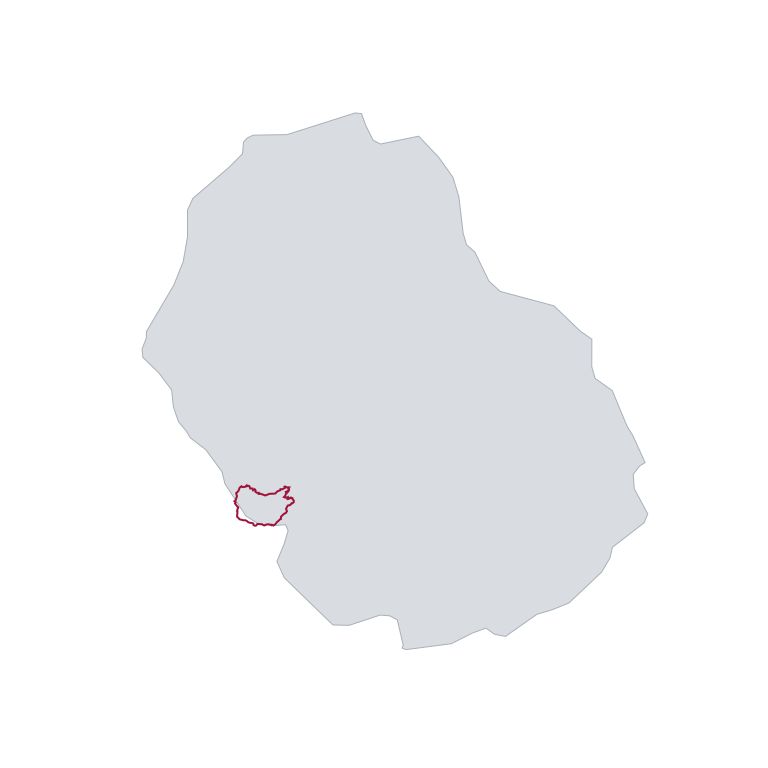 Chucher - Sandevo, Čučer Sandevo, North Macedonia shown in context, rotated 249°
{"feature_id": "65306769B58175225548943", "entity_name": "Chucher - Sandevo", "entity_type": "district", "adm_level": 2, "iso_a3": "MKD", "parent_name": "North Macedonia", "parent_adm1": "Čučer Sandevo", "projection": "equal_earth", "projection_center": [21.395, 42.146], "detail": "fine", "context": "in_parent", "style": "outline", "palette": "rose", "viewbox_px": 768, "rotation_deg": 249, "n_neighbors": 0, "source": "geoboundaries", "source_scale": "gbopen_adm2", "svg_char_len": 2880}
<svg xmlns="http://www.w3.org/2000/svg" viewBox="0 0 768 768"><g transform="rotate(249 384 384)"><path d="M348.1,199.8L360.2,201.3L386.5,194.1L402.9,184.0L411.2,182.5L422.3,178.6L438.3,179.2L454.5,183.6L475.0,177.8L495.2,168.4L503.4,170.7L512.2,178.7L518.0,180.9L551.7,223.3L570.2,240.4L592.0,253.4L616.8,262.9L625.8,272.1L641.9,317.2L649.6,334.4L660.1,339.5L662.7,344.5L663.2,351.0L651.6,382.8L647.4,454.2L644.5,459.9L632.0,459.6L615.5,461.2L609.3,466.7L602.9,505.2L576.4,516.2L552.4,522.4L532.0,521.0L496.2,511.9L484.6,510.9L474.6,516.1L442.7,518.8L428.8,525.6L396.0,570.7L362.7,586.3L351.3,594.1L325.8,584.2L313.6,583.1L296.0,594.7L257.3,595.8L246.9,597.8L217.1,599.6L215.9,593.4L210.4,584.3L196.5,580.1L168.1,583.7L161.2,577.0L149.7,538.7L140.6,532.6L130.4,519.7L113.3,478.2L113.0,460.0L114.2,444.1L104.8,406.9L110.7,397.6L119.6,391.6L119.8,376.7L117.4,354.0L128.1,309.5L130.9,306.3L133.6,308.4L159.0,311.9L165.5,306.3L169.7,297.5L171.2,265.0L177.3,250.0L238.7,221.5L256.7,220.4L270.5,233.5L281.4,241.9L288.0,241.7L290.4,233.2L297.9,217.0L310.4,207.7L347.7,199.8L348.1,199.8Z" fill="#d9dde1" stroke="#a8b0b8" stroke-width="1"/><path d="M322.1,203.2L322.0,203.4L321.5,203.6L320.8,203.6L320.5,203.4L320.5,203.2L320.1,202.8L318.8,201.7L318.1,201.7L317.7,201.2L317.3,201.2L317.0,201.3L315.1,200.4L313.2,199.4L312.6,199.3L311.5,199.9L310.2,200.4L309.5,200.7L309.1,201.1L308.0,202.7L307.1,204.0L306.7,205.1L306.4,205.8L305.7,206.5L304.9,207.1L304.2,207.4L303.5,207.8L302.6,209.0L302.1,209.9L301.6,210.8L300.9,211.7L299.8,212.0L299.1,211.7L298.3,212.3L297.9,212.8L297.8,213.3L297.7,213.6L298.0,214.4L298.1,214.7L298.3,215.0L298.5,215.2L298.6,215.4L298.7,215.8L298.6,216.1L298.4,216.5L297.6,217.8L297.4,218.5L297.2,219.2L296.7,219.9L296.2,220.2L295.1,221.2L294.8,221.8L294.8,222.2L295.0,223.3L294.6,225.5L294.2,226.1L293.4,227.5L292.6,228.2L292.9,228.6L292.7,229.1L292.1,229.4L291.8,229.8L291.5,230.0L291.8,231.6L292.5,233.1L293.5,234.7L294.1,236.6L295.0,238.5L294.9,239.3L297.0,240.3L298.7,244.2L298.7,246.0L300.0,247.8L302.6,247.8L305.0,250.6L304.6,253.1L305.8,255.0L305.4,255.7L306.0,257.4L307.7,258.0L309.1,257.4L310.3,257.6L310.7,256.4L311.4,256.3L311.0,254.1L311.8,254.0L311.1,253.5L311.2,252.7L312.9,253.0L313.2,251.3L314.3,250.1L315.0,251.7L316.6,253.0L316.7,253.8L318.4,253.7L318.5,254.9L317.9,254.9L317.8,256.0L318.8,257.0L319.0,256.5L320.9,258.1L320.8,257.5L321.9,257.4L321.8,256.8L323.8,254.9L323.8,254.5L322.6,254.8L322.2,251.2L322.9,249.6L322.0,249.0L322.0,246.1L320.7,243.1L322.5,237.8L322.5,233.2L325.7,229.5L326.2,227.7L327.3,228.1L328.0,226.3L329.6,225.3L330.7,226.0L332.1,225.6L331.7,223.7L333.6,223.8L334.3,221.7L336.8,221.7L337.5,221.0L337.7,219.3L338.5,219.4L337.8,217.5L338.5,214.8L339.6,214.3L339.0,212.2L336.2,209.6L335.1,206.9L331.9,206.5L328.2,203.4L328.1,202.4L326.5,203.0L325.8,202.1L322.1,203.2Z" fill="none" stroke="#9f1239" stroke-width="2"/></g></svg>